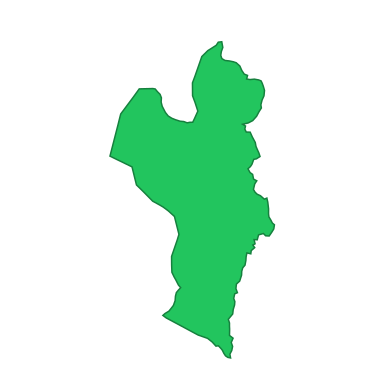 Curvelândia, Mato Grosso, Brazil (Natural Earth projection), rotated 13°
{"feature_id": "56859067B66789181731142", "entity_name": "Curvelândia", "entity_type": "district", "adm_level": 2, "iso_a3": "BRA", "parent_name": "Brazil", "parent_adm1": "Mato Grosso", "projection": "natural_earth1", "projection_center": [-57.857, -15.622], "detail": "fine", "context": "isolated", "style": "filled", "palette": "green", "viewbox_px": 384, "rotation_deg": 13, "n_neighbors": 0, "source": "geoboundaries", "source_scale": "gbopen_adm2", "svg_char_len": 2331}
<svg xmlns="http://www.w3.org/2000/svg" viewBox="0 0 384 384"><g transform="rotate(13 192 192)"><path d="M266.3,333.3L264.1,329.8L264.9,325.2L260.8,323.3L260.1,319.9L259.5,317.1L258.7,314.3L258.0,311.2L256.0,307.8L257.5,304.9L259.1,301.7L258.6,297.3L258.9,292.5L258.4,289.1L256.6,286.4L256.5,281.6L258.9,279.9L256.5,276.2L256.0,271.7L258.5,268.1L259.0,261.8L258.3,258.1L258.5,254.4L260.1,251.4L259.9,246.6L259.3,243.0L259.2,239.0L263.2,239.0L262.9,235.8L265.6,232.1L263.2,230.0L265.1,228.3L263.2,224.4L266.3,223.9L266.5,218.8L270.9,216.4L273.6,218.1L277.1,217.5L278.8,213.2L280.0,209.6L279.7,205.4L277.3,204.2L275.2,201.7L272.5,198.9L271.5,196.1L270.4,191.2L268.1,184.8L266.3,181.1L264.1,182.7L259.5,180.2L256.0,179.5L253.5,178.0L251.3,175.7L251.3,170.0L252.6,166.5L249.1,165.6L247.1,161.2L244.2,160.0L241.3,156.8L243.2,154.1L244.2,151.4L244.8,146.3L247.3,145.2L250.3,142.1L248.3,138.8L246.6,136.6L244.1,133.2L242.5,129.5L238.3,124.7L235.2,120.6L231.4,121.4L229.3,118.8L229.3,115.7L226.1,114.6L231.2,112.1L235.1,108.8L237.9,103.7L239.2,98.8L240.7,94.5L239.5,91.6L239.6,86.6L240.5,82.1L239.8,76.7L237.8,73.1L236.0,70.3L234.3,68.2L231.8,67.8L227.4,68.0L223.2,69.4L219.8,69.6L219.9,65.9L216.4,65.4L213.2,62.4L210.3,58.5L206.0,56.1L202.9,55.8L198.9,55.9L194.5,56.4L191.1,55.3L189.3,52.4L189.0,48.7L189.5,44.2L187.2,38.9L183.9,40.1L182.6,43.6L178.2,48.1L175.6,50.7L171.1,57.8L168.8,78.8L167.9,85.6L170.9,98.1L174.9,104.2L179.5,111.9L177.9,120.0L177.0,123.9L174.1,124.6L171.7,125.7L168.1,125.2L164.5,125.7L159.7,125.3L155.8,124.7L151.7,123.3L148.2,120.5L143.7,115.2L141.7,111.3L141.0,107.1L138.9,104.0L135.7,102.0L133.0,99.9L130.6,100.0L117.4,103.4L113.5,112.7L105.0,132.0L104.9,135.9L104.8,142.3L104.0,175.5L111.7,177.3L117.5,178.6L120.9,179.4L127.9,181.0L133.5,192.1L136.3,197.6L144.5,202.6L155.8,209.8L164.0,212.1L167.4,213.2L173.1,215.7L180.4,219.8L188.8,236.2L188.4,242.1L186.6,259.4L188.6,267.8L190.5,274.8L193.8,278.9L196.0,281.3L199.7,285.7L202.5,287.8L200.9,290.5L199.4,293.5L199.3,297.2L200.0,301.7L199.4,306.7L198.0,309.8L196.3,313.3L193.1,316.4L191.4,318.8L195.2,320.5L218.8,326.9L226.1,328.9L230.2,330.0L240.1,331.1L245.4,333.6L250.0,336.8L252.3,335.9L254.9,337.6L257.1,339.3L259.4,342.1L261.5,344.1L264.1,345.1L266.9,345.0L265.4,341.5L266.4,337.5L266.3,333.3Z" fill="#22c55e" stroke="#15803d" stroke-width="1.5"/></g></svg>